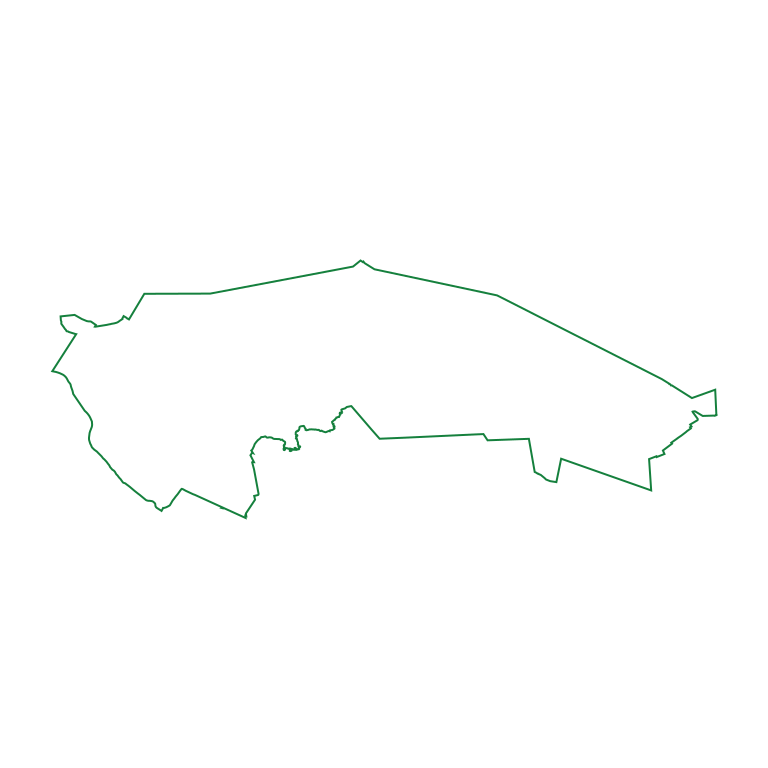 the district of Westerwolde, Groningen, Netherlands, rotated 266°
{"feature_id": "6326949B51666543137940", "entity_name": "Westerwolde", "entity_type": "district", "adm_level": 2, "iso_a3": "NLD", "parent_name": "Netherlands", "parent_adm1": "Groningen", "projection": "mercator", "projection_center": [7.085, 52.999], "detail": "fine", "context": "isolated", "style": "outline", "palette": "green", "viewbox_px": 768, "rotation_deg": 266, "n_neighbors": 0, "source": "geoboundaries", "source_scale": "gbopen_adm2", "svg_char_len": 5967}
<svg xmlns="http://www.w3.org/2000/svg" viewBox="0 0 768 768"><g transform="rotate(266 384 384)"><path d="M274.1,549.1L297.1,555.5L259.2,643.1L290.6,643.2L292.9,650.7L292.1,650.9L294.6,658.9L298.2,657.6L304.4,667.2L305.4,666.5L309.4,673.1L309.5,673.1L311.7,676.9L315.0,681.9L315.8,682.9L318.3,687.0L319.5,686.3L320.1,687.8L322.2,686.6L326.0,694.2L326.3,694.4L326.7,694.5L327.3,694.5L333.2,690.8L334.1,690.2L334.9,689.9L335.0,690.2L335.1,692.1L334.9,692.6L329.9,699.7L329.5,710.4L329.2,711.8L329.6,712.2L329.7,712.4L330.0,712.7L329.7,713.4L329.8,713.6L330.0,713.6L330.1,713.4L355.2,714.0L348.5,690.2L362.5,671.1L362.6,670.1L363.6,669.6L364.1,668.9L364.1,668.7L364.3,668.7L369.5,661.5L464.5,503.0L499.1,382.5L505.9,373.1L507.6,372.0L507.1,371.4L508.8,369.2L503.3,361.3L486.3,216.9L490.7,151.2L466.2,134.1L466.6,133.5L467.0,133.1L467.1,132.6L468.2,131.5L469.9,129.0L467.7,127.6L467.4,127.7L467.1,127.7L465.5,124.8L464.9,123.9L464.3,122.9L463.8,121.6L463.3,119.1L463.0,116.1L462.8,115.4L462.7,114.2L462.3,111.4L461.3,100.2L461.4,99.6L463.0,100.7L466.6,96.2L466.8,95.8L466.9,95.4L467.1,93.5L467.5,91.9L469.9,87.1L474.5,80.2L474.0,66.1L470.0,66.1L468.7,66.5L466.6,66.3L462.9,68.6L461.1,69.6L460.4,70.3L459.1,70.9L458.8,71.1L458.5,72.4L457.9,73.2L455.5,79.4L455.2,80.4L419.9,54.0L419.8,54.3L418.9,57.6L418.1,59.7L417.3,61.5L415.9,64.0L415.4,64.8L414.3,66.0L412.9,67.2L411.5,68.0L408.5,69.3L406.2,70.9L405.5,71.2L404.8,71.4L403.7,71.5L402.4,71.8L398.9,72.8L395.7,73.3L378.1,83.6L376.4,85.2L375.0,86.3L373.0,87.6L371.1,88.5L367.0,90.0L366.0,90.0L363.6,90.0L362.2,89.7L361.3,89.4L357.5,87.6L355.7,86.9L351.2,86.0L350.1,85.9L348.8,85.9L345.7,86.6L344.7,86.9L343.2,87.6L342.0,87.9L341.0,88.4L340.2,89.1L338.7,90.4L337.7,91.6L336.5,93.0L335.6,93.7L331.7,97.1L329.3,98.7L328.4,99.7L325.8,101.8L323.7,103.1L322.0,104.3L320.4,104.9L319.8,105.3L317.5,107.0L316.5,108.4L315.9,108.9L315.1,109.5L312.9,110.5L312.3,110.9L311.5,111.7L309.9,112.7L308.6,113.6L307.6,114.5L304.0,116.7L303.6,117.3L303.1,118.6L302.6,119.4L302.2,119.7L300.7,121.5L299.0,123.4L294.6,127.9L291.7,131.1L290.5,132.5L284.8,138.5L284.4,139.3L284.0,140.5L283.9,141.0L283.8,142.2L283.4,144.1L283.2,144.7L282.6,145.7L281.1,147.0L280.8,147.3L280.3,147.4L278.3,147.5L277.4,147.8L276.8,148.2L276.2,148.8L274.8,150.7L272.9,153.2L274.5,154.3L275.8,155.0L275.7,156.0L276.2,158.1L276.8,159.6L277.8,161.7L278.2,162.1L282.6,165.1L284.3,166.7L286.1,168.2L288.5,170.5L291.9,173.3L293.3,174.6L293.5,174.8L293.5,175.1L293.0,176.2L291.3,178.8L287.4,185.8L286.6,187.6L272.0,214.5L271.6,213.6L271.2,214.7L271.1,215.3L271.0,216.3L260.0,236.6L262.2,236.5L261.8,237.4L264.5,237.2L277.6,247.3L281.4,246.7L282.0,250.4L282.1,250.7L282.4,251.0L283.2,251.2L307.9,248.4L315.1,247.0L315.3,247.3L315.1,248.8L322.2,245.8L322.4,246.1L324.5,247.4L324.7,247.6L324.3,248.4L326.9,247.0L327.3,247.6L328.0,248.2L331.1,250.0L332.4,250.5L333.0,250.8L334.8,252.3L336.7,254.2L338.0,256.1L338.4,256.7L339.6,257.8L339.6,260.0L339.9,261.2L340.0,261.9L339.8,262.3L339.0,263.1L338.7,263.6L338.6,264.5L338.7,264.9L338.8,265.4L338.7,266.8L338.5,267.8L338.2,268.5L337.3,269.6L336.9,270.5L336.3,275.9L336.2,276.2L335.4,277.2L335.6,278.1L335.6,278.5L334.2,279.7L333.6,280.7L333.3,281.1L332.8,281.3L331.0,281.1L330.0,280.4L330.2,280.0L329.7,279.7L328.7,279.8L327.7,280.5L327.3,280.5L327.3,280.3L327.7,280.0L327.7,279.8L327.1,279.8L326.6,279.4L326.3,279.3L325.4,279.4L325.1,279.6L325.0,280.0L325.2,280.4L325.5,280.7L326.4,281.1L326.7,281.4L326.9,281.9L326.5,283.5L326.3,283.8L326.1,283.9L326.0,284.1L326.2,285.2L326.0,286.5L325.9,286.6L325.6,286.8L325.5,286.7L325.2,285.9L324.8,285.5L323.8,285.4L323.6,285.8L323.6,286.0L323.8,286.4L323.8,286.9L323.8,287.0L324.5,287.4L325.3,287.4L325.5,287.5L325.4,288.4L324.9,288.9L324.8,289.0L325.0,290.4L325.4,290.8L326.2,290.4L326.4,290.4L326.5,290.7L326.5,291.0L326.4,291.2L325.5,292.1L325.1,292.2L324.8,292.0L324.5,291.3L324.4,292.1L324.5,292.6L325.2,293.9L324.8,294.0L324.8,294.4L325.1,294.8L325.9,294.7L326.8,295.6L326.9,295.8L327.3,296.0L327.6,295.9L327.7,295.6L327.4,294.7L327.5,294.4L328.3,294.2L329.3,294.3L329.6,294.1L329.8,293.9L330.0,293.9L330.8,294.1L331.7,294.1L332.4,293.9L332.9,293.6L333.8,293.5L335.5,293.2L335.7,292.4L336.0,292.3L336.8,292.8L337.4,292.7L337.4,293.1L337.6,293.2L338.2,293.3L338.3,293.4L338.4,293.9L338.7,294.0L339.0,293.9L339.0,293.0L339.1,292.8L339.5,292.7L340.0,292.4L340.4,292.5L341.4,292.5L342.1,292.8L342.6,293.1L342.7,293.3L342.8,294.0L343.2,294.1L343.3,294.2L343.3,294.4L343.1,294.6L343.1,294.9L343.7,295.2L344.0,295.9L345.5,296.5L346.5,296.6L347.1,296.9L347.4,297.5L347.6,298.2L347.8,300.9L347.7,301.1L347.5,301.3L346.6,301.7L345.8,301.9L344.8,302.7L343.8,302.5L343.5,302.9L343.3,303.3L343.3,303.6L343.5,305.2L343.9,306.5L343.8,308.8L343.6,310.0L343.5,311.2L343.3,311.7L343.4,312.4L342.8,314.5L342.8,315.3L342.8,315.7L342.5,316.1L341.9,316.5L341.5,317.5L341.8,318.2L341.8,318.5L341.7,318.7L341.3,319.0L341.2,319.4L340.8,320.1L340.0,322.1L340.0,322.7L340.9,325.3L340.9,326.0L340.7,326.5L341.4,326.6L341.5,326.7L341.7,328.5L341.7,329.1L341.8,329.5L342.6,330.9L342.9,331.4L343.3,331.5L343.8,331.0L344.1,331.0L344.9,331.7L345.2,331.7L345.3,331.6L345.4,330.7L345.5,330.7L345.8,330.8L346.1,331.1L346.3,331.1L346.9,330.8L347.5,330.8L347.4,330.4L347.4,330.2L348.1,330.1L348.9,329.6L349.9,329.6L350.4,330.4L351.2,331.3L351.9,332.7L352.4,332.8L353.3,333.9L353.9,334.2L353.9,335.0L354.3,335.8L354.2,336.6L354.2,336.8L355.3,337.4L356.3,337.8L356.6,338.4L356.8,338.5L357.1,338.5L357.3,338.4L357.9,337.8L358.4,338.0L358.5,338.2L358.5,338.3L358.3,339.0L358.1,339.4L358.1,339.6L358.4,339.5L358.6,339.5L359.0,340.2L360.2,339.8L361.3,339.7L361.6,340.1L361.7,340.4L362.4,343.5L363.6,345.2L363.7,345.5L364.2,349.4L364.2,349.9L339.8,368.1L329.7,375.8L329.0,400.8L327.3,472.4L327.1,479.7L320.6,483.4L319.2,524.7L285.7,528.2L285.1,529.4L284.2,530.6L284.1,530.9L284.0,531.1L283.9,531.0L283.7,531.3L282.4,534.0L279.0,537.6L277.4,539.0L275.5,543.0L274.1,549.1Z" fill="none" stroke="#15803d" stroke-width="2"/></g></svg>